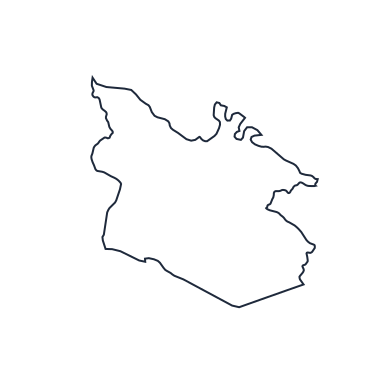 the border of Kara, rotated 119°
{"feature_id": "TGO-88", "entity_name": "Kara", "entity_type": "Region", "adm_level": 1, "iso_a3": "TGO", "parent_name": "Togo", "parent_adm1": "", "projection": "equal_earth", "projection_center": [0.654, 9.526], "detail": "fine", "context": "isolated", "style": "outline", "palette": "slate", "viewbox_px": 384, "rotation_deg": 119, "n_neighbors": 0, "source": "natural_earth", "source_scale": "10m", "svg_char_len": 3822}
<svg xmlns="http://www.w3.org/2000/svg" viewBox="0 0 384 384"><g transform="rotate(119 192 192)"><path d="M124.8,88.1L126.5,87.5L126.6,86.9L127.5,87.9L128.6,89.8L130.3,93.2L130.6,94.3L130.8,95.5L130.8,96.6L130.6,99.0L130.6,100.2L130.8,101.3L131.2,102.1L131.9,102.6L134.5,103.2L135.3,103.7L136.4,105.0L137.3,105.4L138.5,105.7L140.3,105.6L142.8,106.2L144.2,106.1L145.1,106.2L145.8,106.6L146.2,107.2L146.1,108.0L145.4,109.7L145.2,110.7L145.4,111.7L145.7,112.6L146.1,113.5L146.6,114.2L148.0,115.2L148.6,115.8L149.2,116.5L150.5,119.0L151.1,119.6L151.9,120.0L153.2,119.9L155.0,119.0L157.3,118.3L159.3,118.3L164.1,117.7L165.0,118.0L166.3,119.1L167.2,119.4L168.8,118.9L170.2,119.3L170.3,119.1L170.5,117.7L170.3,115.2L168.5,108.3L168.4,107.3L168.4,106.0L168.7,104.8L169.2,103.4L169.6,100.7L170.0,99.2L170.8,97.5L171.3,96.2L171.5,95.1L171.6,94.2L171.4,92.2L171.5,86.0L172.0,83.4L172.6,81.1L174.0,77.1L178.5,68.7L179.2,66.6L179.6,64.1L179.2,61.3L179.0,60.2L179.0,59.2L179.7,58.4L181.4,57.5L186.1,57.9L187.0,58.3L187.8,58.9L188.2,59.7L188.5,60.7L188.9,61.6L189.5,62.1L190.3,62.0L192.8,59.8L195.6,57.7L196.7,57.2L200.1,57.6L200.9,58.0L202.1,59.2L202.8,59.5L203.6,59.3L205.4,56.9L206.4,56.2L207.9,56.0L209.1,56.1L213.2,56.9L214.1,56.9L215.3,56.0L216.1,55.2L218.8,49.6L231.8,61.2L253.7,80.6L269.9,94.9L271.9,101.9L271.9,103.5L272.1,118.7L272.4,141.2L272.6,157.2L273.8,166.8L273.6,169.3L273.2,171.4L273.2,175.5L273.1,177.6L272.1,180.2L269.4,185.8L268.8,188.5L269.3,192.7L270.8,197.7L273.1,200.8L275.7,199.1L277.5,205.0L278.5,225.9L280.7,234.1L283.7,240.0L277.6,246.5L274.8,248.5L272.1,248.4L250.9,256.3L248.0,256.5L246.1,256.4L238.5,254.2L236.1,254.2L224.6,256.3L219.4,257.9L219.1,258.3L218.6,258.9L218.3,259.7L217.6,261.9L217.2,264.4L217.2,266.7L217.5,270.6L217.4,278.2L217.8,280.3L219.5,285.1L219.4,286.2L218.8,287.6L216.2,290.6L214.1,293.4L211.9,295.8L210.6,296.8L209.4,297.4L206.6,297.8L200.9,299.4L200.0,299.4L199.0,299.3L198.0,299.1L195.5,297.9L194.6,297.7L192.6,297.5L191.6,297.3L186.8,294.9L186.3,294.1L186.0,293.0L185.9,291.8L185.3,291.0L184.4,290.4L182.5,290.7L181.1,290.6L180.0,290.4L178.9,290.0L178.1,290.3L177.5,290.8L177.1,291.7L176.7,292.7L176.4,293.7L175.8,294.8L175.1,295.9L171.8,298.9L171.3,299.5L171.0,300.2L171.0,300.3L170.7,300.9L169.1,303.1L168.0,303.7L165.3,304.3L164.4,305.0L163.8,305.8L163.3,307.9L163.2,309.1L163.0,310.3L162.6,311.4L162.2,312.2L156.1,317.5L155.2,318.7L155.0,319.7L155.0,320.8L155.5,321.5L156.0,322.1L156.4,323.0L156.4,324.2L155.7,325.8L154.9,326.5L153.9,326.9L151.5,327.0L150.7,327.4L147.6,331.1L144.4,332.8L140.2,334.4L143.6,327.9L141.7,317.8L134.3,301.1L132.2,294.6L133.8,288.3L136.4,281.9L137.2,275.3L137.2,272.1L138.1,270.1L141.6,265.9L143.5,261.7L143.4,258.4L141.5,251.1L141.7,247.0L142.9,245.0L144.6,243.7L146.2,241.5L146.8,238.9L147.1,232.9L148.5,222.5L147.5,217.6L144.8,214.4L140.2,212.3L140.1,212.1L140.1,211.9L140.1,211.7L141.1,209.4L141.5,207.3L141.2,205.2L140.2,203.4L132.1,199.5L129.2,198.8L123.1,199.3L119.6,200.1L117.3,201.5L116.5,203.1L116.1,207.3L115.5,209.0L114.3,210.3L107.3,213.6L104.4,214.4L101.6,213.9L100.9,211.2L102.2,208.8L101.1,205.5L101.1,202.6L107.5,200.9L109.9,199.6L111.8,197.8L112.4,195.7L111.1,193.5L108.9,193.3L105.0,194.3L103.4,193.4L101.9,192.0L100.8,190.6L100.4,190.1L100.3,188.7L101.1,182.9L101.4,181.6L109.1,182.8L112.8,182.5L115.6,180.1L117.7,181.9L120.5,182.6L123.0,181.6L124.0,178.8L122.7,174.5L119.7,173.8L113.5,175.9L108.7,175.2L106.3,170.9L106.2,164.8L108.4,159.0L112.4,164.7L115.0,166.6L117.7,166.1L119.3,163.6L119.8,160.0L119.4,156.2L118.7,153.2L117.7,151.2L116.6,149.6L115.8,147.3L115.6,143.5L118.9,127.5L118.9,125.2L118.2,116.9L118.5,114.0L119.8,110.9L121.7,108.1L122.8,106.8L122.9,105.1L121.9,101.0L120.0,96.2L119.8,94.8L120.1,92.9L120.6,91.6L120.7,90.3L119.8,88.3L122.5,87.6L124.8,88.1Z" fill="none" stroke="#1e293b" stroke-width="2"/></g></svg>